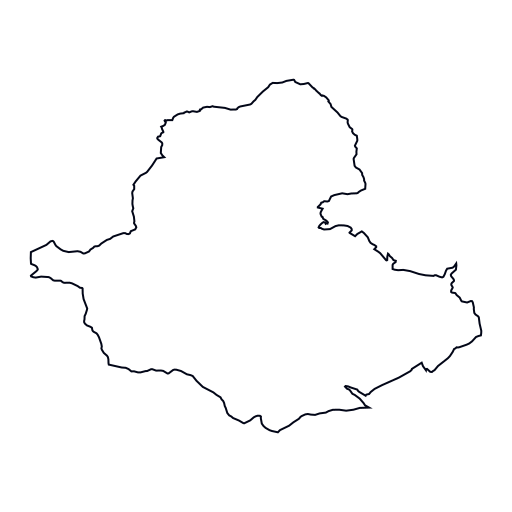 Provita De Jos, Prahova, Romania
{"feature_id": "2599482B19727908456593", "entity_name": "Provita De Jos", "entity_type": "district", "adm_level": 2, "iso_a3": "ROU", "parent_name": "Romania", "parent_adm1": "Prahova", "projection": "natural_earth1", "projection_center": [25.674, 45.11], "detail": "fine", "context": "isolated", "style": "outline", "palette": "ink", "viewbox_px": 512, "rotation_deg": 0, "n_neighbors": 0, "source": "geoboundaries", "source_scale": "gbopen_adm2", "svg_char_len": 6029}
<svg xmlns="http://www.w3.org/2000/svg" viewBox="0 0 512 512"><path d="M277.9,432.3L280.0,430.1L289.1,425.7L293.4,422.3L298.9,418.8L300.5,416.9L301.6,416.1L305.3,414.4L307.8,414.0L310.9,414.6L315.1,414.9L319.7,413.4L325.8,412.6L328.6,411.1L332.8,409.8L339.1,409.7L346.2,410.7L353.5,409.7L359.8,407.9L369.1,407.6L365.0,405.3L363.6,403.1L359.7,398.6L354.7,394.9L352.4,393.8L350.0,390.4L348.9,389.4L347.1,388.8L345.0,386.6L345.6,386.0L348.1,386.4L350.8,387.5L357.3,389.6L357.9,390.7L359.1,391.8L365.6,395.7L365.8,395.2L366.4,394.6L369.1,394.0L370.7,392.0L374.6,388.9L382.3,385.0L398.9,377.6L410.3,371.2L411.8,369.6L411.9,368.9L421.7,362.7L423.0,366.2L425.9,370.2L426.0,369.1L427.0,368.9L430.2,371.8L431.9,372.0L433.2,370.9L434.5,370.2L438.0,366.0L447.8,358.3L449.9,356.1L452.7,351.9L454.1,349.0L455.4,348.4L456.6,347.3L457.9,347.5L459.4,347.2L466.6,344.7L469.2,343.5L472.0,341.4L476.0,337.0L478.5,336.0L480.9,335.4L481.2,333.3L481.3,330.9L479.6,323.6L478.8,317.3L478.1,316.3L475.5,314.5L474.3,312.9L473.8,309.0L473.9,307.4L472.8,302.5L472.1,301.2L470.9,301.0L467.1,302.5L461.9,301.4L461.3,300.8L459.7,297.6L456.7,295.1L455.4,293.2L455.0,293.0L452.0,292.6L451.1,291.9L451.2,290.4L452.7,287.7L452.7,287.3L451.3,284.9L451.3,284.0L451.8,283.0L453.9,281.1L454.0,280.2L453.4,278.9L451.2,276.3L450.8,274.9L451.5,273.6L455.9,269.7L456.4,265.4L456.2,263.5L454.1,266.5L452.6,267.7L447.2,268.7L446.0,270.7L444.8,274.1L443.4,276.8L442.1,277.4L439.4,276.7L436.0,275.2L434.5,275.3L433.6,275.9L425.6,275.3L419.0,274.0L410.1,271.1L403.3,269.9L398.1,270.2L394.6,269.7L392.6,269.0L392.6,264.9L393.2,263.8L395.6,262.1L395.8,260.8L393.5,260.1L392.0,257.9L389.7,256.0L388.9,254.5L388.0,253.7L387.3,256.6L387.2,260.1L386.7,260.4L386.1,260.2L380.2,253.2L378.4,251.8L374.3,249.2L376.2,247.2L376.2,246.3L374.4,245.0L372.6,244.2L370.6,242.9L369.3,241.0L367.8,237.3L363.9,233.0L361.8,231.4L357.3,234.0L355.1,236.2L349.6,232.9L349.5,232.6L351.7,230.4L351.7,229.1L350.7,227.6L347.6,226.0L343.8,225.4L338.8,225.3L335.5,226.1L330.0,229.1L324.1,229.5L322.0,228.8L320.8,228.0L319.2,228.0L318.6,227.4L319.3,225.9L320.4,224.6L321.9,223.2L323.5,222.1L325.1,222.5L325.7,223.8L326.5,223.3L327.5,223.6L327.9,222.4L327.2,221.5L325.8,220.3L323.3,218.9L322.5,216.9L321.7,216.7L320.6,214.1L320.5,213.1L320.9,211.8L322.6,208.7L317.8,207.5L317.8,207.0L320.6,204.3L320.9,203.2L321.4,202.6L322.6,202.4L324.2,201.2L327.4,201.5L328.9,201.0L331.1,196.5L334.3,195.1L342.2,193.3L347.5,194.2L351.3,193.5L356.6,193.3L357.7,193.0L358.7,192.0L361.0,190.5L365.2,188.8L365.5,183.9L365.2,182.8L364.1,180.6L364.1,179.1L363.5,177.2L362.2,174.9L362.1,173.1L359.5,169.5L355.9,167.5L354.6,165.8L353.6,158.9L353.9,158.0L356.5,154.3L356.4,151.7L356.8,148.4L355.2,146.6L354.9,145.7L357.3,140.7L357.3,139.3L356.8,135.7L354.8,134.8L353.0,133.2L352.1,131.4L352.4,129.8L352.2,129.1L349.7,127.2L347.9,123.6L347.6,122.3L347.8,120.1L347.6,119.6L346.3,118.6L341.5,116.9L340.3,116.0L337.5,112.5L331.4,106.9L330.6,104.1L328.4,101.5L328.8,100.9L328.6,100.2L326.2,97.4L324.0,95.9L322.2,95.4L321.9,95.8L320.8,95.1L319.4,93.3L319.1,93.3L315.9,90.3L315.2,89.3L313.9,88.6L313.9,88.2L312.6,87.5L308.6,83.3L308.0,83.0L303.8,84.0L300.3,84.3L295.3,82.0L294.1,79.9L293.5,79.7L286.4,80.9L282.3,82.5L277.2,83.1L272.7,82.9L269.9,84.6L268.2,87.2L262.9,91.5L257.3,97.0L255.3,99.9L253.6,101.3L251.4,103.8L250.1,104.5L240.2,106.5L238.6,107.2L237.3,108.4L237.1,109.0L236.0,109.5L230.5,109.6L224.9,107.9L213.8,106.7L212.6,106.2L209.9,107.1L207.0,106.8L203.1,107.6L201.3,109.2L200.0,109.5L199.8,110.0L200.1,110.6L199.7,111.0L196.9,111.9L192.9,111.2L191.6,111.4L189.2,112.4L187.3,111.5L186.5,111.5L185.7,112.1L184.3,112.5L183.8,113.2L180.2,113.6L177.7,114.4L173.9,116.8L173.2,117.8L172.3,120.1L167.6,120.1L166.7,120.5L165.1,120.1L164.6,120.6L165.0,121.5L165.7,122.0L165.8,122.5L164.9,124.8L163.3,125.9L161.2,126.7L161.8,127.8L162.0,128.9L163.3,131.6L163.3,132.3L161.9,132.9L161.2,133.5L160.2,136.2L158.0,136.7L157.2,138.1L157.5,138.9L158.5,139.9L161.6,142.3L162.1,143.0L162.3,143.7L162.2,145.2L161.2,147.0L160.8,153.0L162.3,155.3L164.2,157.2L156.6,158.5L152.0,165.6L147.1,171.9L146.0,172.8L140.5,175.6L135.6,181.5L133.4,184.8L134.2,185.8L134.2,189.1L132.5,191.5L132.2,193.1L132.9,198.3L132.5,200.5L132.4,204.0L132.8,206.3L133.3,208.3L132.2,211.2L133.9,216.7L134.4,221.3L134.1,222.4L134.1,223.4L135.8,225.8L136.3,227.3L135.2,229.4L130.8,231.2L129.9,233.4L128.6,234.1L126.9,234.0L125.1,233.1L123.4,233.1L113.2,236.5L110.1,238.9L106.9,239.9L101.2,243.6L99.2,245.6L97.6,246.2L95.4,246.3L94.3,246.6L93.1,247.9L90.5,249.5L89.0,251.5L84.8,253.4L83.3,253.5L80.5,251.8L77.5,251.2L68.7,252.1L63.2,250.8L60.7,249.4L56.3,246.1L55.3,244.7L53.8,241.8L53.1,241.1L52.4,240.9L50.5,241.4L46.4,244.9L30.9,252.1L30.7,258.2L31.0,263.6L31.1,263.9L34.7,265.3L36.1,266.2L37.0,267.2L37.8,269.2L37.4,270.1L36.2,271.3L31.3,275.3L30.9,275.7L31.1,276.4L33.2,277.2L35.7,277.6L41.2,276.6L48.7,277.1L50.5,278.0L53.2,280.3L54.9,280.7L60.5,280.7L61.1,280.9L62.6,282.2L64.1,282.8L69.5,282.7L71.9,283.3L77.7,286.1L79.9,287.7L82.2,288.0L82.6,288.5L82.7,293.6L83.6,299.1L87.2,308.5L86.9,310.0L85.7,313.8L84.6,316.1L84.5,319.3L84.1,321.1L84.2,322.4L85.0,323.7L86.9,325.4L90.2,326.7L91.9,327.7L92.4,330.3L92.9,331.1L93.7,331.8L96.5,333.3L97.7,334.8L99.0,337.3L101.3,343.8L101.8,346.5L101.4,348.4L101.9,349.8L103.8,352.9L107.0,355.7L107.9,357.1L108.4,359.4L108.5,363.2L108.8,364.6L121.7,367.5L125.7,367.8L128.6,369.1L131.4,371.4L134.0,371.3L138.0,372.4L140.5,372.4L145.5,371.1L147.2,371.0L151.1,369.2L152.3,369.2L156.1,370.6L160.8,370.5L163.2,370.9L167.5,373.5L168.6,373.4L173.1,370.0L174.5,369.6L176.3,369.7L181.0,371.0L186.9,374.3L190.5,375.1L192.7,376.0L196.5,380.8L202.8,386.9L213.4,392.4L216.5,394.9L220.5,397.3L221.6,399.4L223.2,401.0L224.1,403.0L224.8,406.1L225.7,407.9L227.3,413.0L229.2,415.4L231.3,416.5L233.0,418.0L238.9,420.5L243.3,423.1L244.2,423.3L250.2,420.4L253.8,417.3L255.7,416.3L257.7,415.7L259.9,415.8L260.9,416.5L260.8,418.1L261.8,423.6L263.5,426.0L265.6,427.9L269.6,430.2L271.9,431.0L277.9,432.3Z" fill="none" stroke="#020617" stroke-width="2"/></svg>